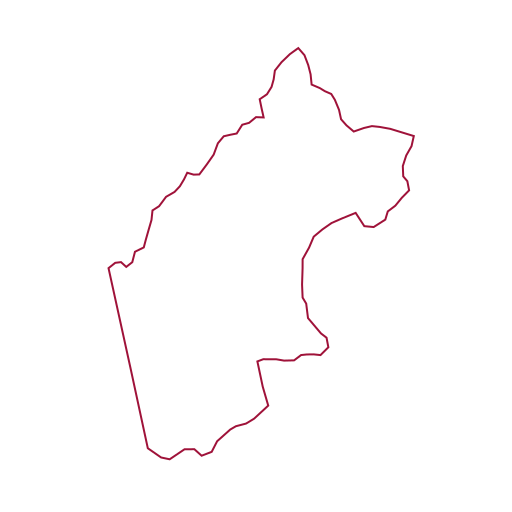 outline of Vieirópolis, Paraíba, Brazil, rotated 186°
{"feature_id": "56859067B9721809785245", "entity_name": "Vieirópolis", "entity_type": "district", "adm_level": 2, "iso_a3": "BRA", "parent_name": "Brazil", "parent_adm1": "Paraíba", "projection": "equal_earth", "projection_center": [-38.281, -6.562], "detail": "fine", "context": "isolated", "style": "outline", "palette": "rose", "viewbox_px": 512, "rotation_deg": 186, "n_neighbors": 0, "source": "geoboundaries", "source_scale": "gbopen_adm2", "svg_char_len": 1438}
<svg xmlns="http://www.w3.org/2000/svg" viewBox="0 0 512 512"><g transform="rotate(186 256 256)"><path d="M228.2,108.5L235.7,126.9L243.6,151.3L238.0,154.1L224.9,155.4L217.2,154.9L207.2,156.2L200.8,162.2L195.1,163.4L188.4,164.2L181.5,164.2L174.5,172.8L177.3,182.1L183.3,185.8L197.8,199.7L201.1,213.9L205.3,219.5L207.2,232.4L208.4,248.7L209.3,257.7L204.1,269.9L200.6,281.3L192.7,289.4L184.3,296.7L174.3,302.4L161.4,309.3L151.4,297.0L142.0,297.1L131.2,305.7L129.6,314.1L122.7,320.6L117.1,329.1L110.6,337.3L113.3,346.2L117.9,350.6L119.4,360.8L117.1,371.7L112.8,381.5L111.6,391.8L135.8,396.5L146.6,397.3L154.3,397.3L162.0,394.6L171.8,390.0L179.7,395.4L185.7,400.9L188.7,410.0L193.9,419.6L198.1,425.0L204.7,427.1L210.2,429.7L218.6,432.3L220.7,442.4L224.0,451.3L228.8,460.8L235.7,467.2L243.4,460.3L250.9,451.4L256.6,442.4L256.9,433.5L258.2,425.8L262.0,418.0L268.7,412.3L265.9,403.5L262.9,394.6L270.5,394.1L276.8,387.7L283.4,385.1L288.0,375.8L294.2,373.9L300.6,371.7L305.7,364.1L308.7,352.4L314.4,342.1L320.9,331.2L326.5,330.4L333.1,331.6L335.6,324.7L339.0,317.4L343.7,311.2L351.6,305.5L357.6,295.4L363.7,290.5L363.7,280.9L365.7,269.8L367.3,260.6L368.5,252.8L376.8,247.6L378.4,236.9L383.9,231.6L389.6,235.8L395.3,234.5L401.4,228.5L368.7,130.2L343.5,53.5L329.3,45.7L320.6,44.8L306.9,56.3L297.1,57.4L289.2,51.7L279.6,56.6L275.3,67.7L263.5,80.7L258.2,84.6L248.4,88.3L240.9,94.0L228.2,108.5Z" fill="none" stroke="#9f1239" stroke-width="2"/></g></svg>